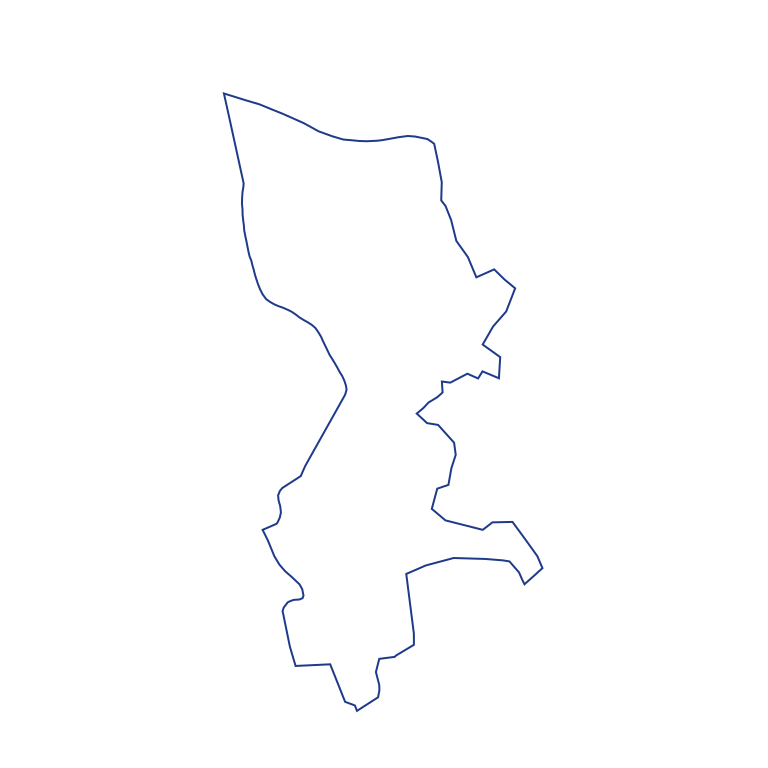 Adh Dhahir, Sa`dah, Yemen, rotated 169°
{"feature_id": "15242507B71517716844752", "entity_name": "Adh Dhahir", "entity_type": "district", "adm_level": 2, "iso_a3": "YEM", "parent_name": "Yemen", "parent_adm1": "Sa`dah", "projection": "albers", "projection_center": [43.291, 16.739], "detail": "fine", "context": "isolated", "style": "outline", "palette": "blue", "viewbox_px": 768, "rotation_deg": 169, "n_neighbors": 0, "source": "geoboundaries", "source_scale": "gbopen_adm2", "svg_char_len": 2464}
<svg xmlns="http://www.w3.org/2000/svg" viewBox="0 0 768 768"><g transform="rotate(169 384 384)"><path d="M485.7,699.7L485.1,676.4L483.5,607.7L484.4,604.4L486.3,599.3L487.7,594.0L488.8,589.0L489.0,588.3L489.3,585.3L489.5,583.0L490.5,577.1L491.0,571.5L491.3,566.3L491.9,561.5L491.9,556.5L491.9,555.7L491.8,550.4L491.8,546.1L491.8,545.3L491.8,544.1L491.8,540.0L491.6,535.0L490.7,530.3L490.7,530.0L490.5,525.6L490.1,521.1L489.8,515.5L489.2,510.5L488.6,506.0L487.6,500.7L486.0,495.1L485.1,493.2L483.6,490.0L480.5,486.6L476.7,483.3L475.3,482.3L472.8,480.6L468.5,478.1L464.8,475.5L464.4,475.3L460.8,472.5L457.4,469.1L454.2,465.4L450.7,462.2L446.7,458.8L443.4,455.6L440.6,452.0L438.5,447.1L436.8,442.5L435.7,437.7L434.4,432.7L433.2,428.4L433.2,428.2L431.8,422.8L430.0,418.3L428.1,413.1L426.6,408.7L425.2,404.2L423.5,399.8L422.3,394.8L421.7,390.1L421.7,388.8L421.8,386.6L421.8,386.0L421.9,385.4L424.2,380.9L476.8,318.8L480.2,314.0L482.0,311.3L483.3,309.5L503.7,301.3L506.6,298.9L509.2,294.9L509.7,289.8L509.2,283.8L509.7,277.5L511.8,272.7L514.7,268.7L516.1,267.3L531.0,264.0L527.9,252.9L526.4,245.4L524.5,235.9L521.2,226.8L516.9,219.3L510.9,211.5L505.1,203.4L503.4,198.0L503.4,191.7L504.8,189.3L508.0,188.6L513.7,189.3L516.9,188.9L520.1,188.1L525.1,183.7L526.9,180.3L526.8,176.0L526.8,174.8L526.8,174.6L526.5,144.1L524.6,124.4L524.6,124.1L490.3,119.1L482.8,79.4L473.9,74.0L472.9,68.3L449.6,77.6L446.9,84.4L446.1,89.6L446.9,102.8L441.1,115.1L425.5,114.1L424.2,115.1L404.4,122.3L402.3,133.3L398.4,193.3L377.6,197.9L348.8,199.9L326.7,194.9L318.2,193.0L301.0,188.2L294.7,185.9L287.4,173.3L285.6,165.3L284.3,160.6L269.7,169.3L269.0,169.8L268.3,170.2L263.6,173.0L266.3,185.7L275.3,205.3L284.2,224.1L304.0,227.5L314.9,222.0L349.7,238.4L360.9,252.3L351.7,271.1L340.0,272.7L334.0,288.3L327.1,300.8L326.4,313.0L338.7,333.5L349.2,337.4L354.6,344.8L357.5,348.7L349.8,353.0L343.9,357.3L334.0,361.0L328.1,364.5L326.7,375.4L318.7,372.7L300.2,378.2L290.6,371.5L284.9,377.6L270.1,367.7L264.8,388.2L279.6,403.9L266.0,419.6L250.2,431.9L237.0,452.9L245.7,463.5L254.0,475.5L273.0,471.1L277.4,492.5L285.7,510.7L286.8,532.0L289.6,546.9L292.8,553.3L288.8,571.0L288.6,591.6L288.9,610.2L291.7,613.3L294.7,616.2L306.3,621.0L313.3,622.9L320.9,623.4L322.6,623.5L325.2,623.5L338.6,623.7L343.5,624.0L354.7,625.6L362.4,627.4L370.1,629.7L377.2,631.7L387.6,637.1L400.1,644.6L412.9,655.3L432.2,668.8L441.5,674.8L452.9,682.3L465.8,689.0L485.7,699.7Z" fill="none" stroke="#1e3a8a" stroke-width="2"/></g></svg>